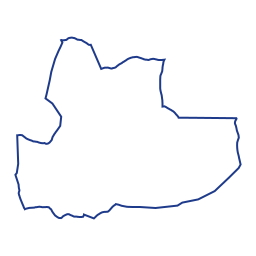 outline of Grande Riviere/Piat, Gros Islet, Saint Lucia
{"feature_id": "8701671B1385498050924", "entity_name": "Grande Riviere/Piat", "entity_type": "district", "adm_level": 2, "iso_a3": "LCA", "parent_name": "Saint Lucia", "parent_adm1": "Gros Islet", "projection": "equal_earth", "projection_center": [-60.944, 14.04], "detail": "fine", "context": "isolated", "style": "outline", "palette": "blue", "viewbox_px": 256, "rotation_deg": 0, "n_neighbors": 0, "source": "geoboundaries", "source_scale": "gbopen_adm2", "svg_char_len": 5165}
<svg xmlns="http://www.w3.org/2000/svg" viewBox="0 0 256 256"><path d="M132.5,57.3L132.3,57.4L131.6,57.6L130.7,57.8L130.3,58.0L129.2,58.4L128.6,58.7L127.9,59.0L127.4,59.3L126.4,60.0L125.9,60.4L125.1,60.9L124.6,61.1L123.6,61.9L123.0,62.1L122.3,62.6L121.9,63.0L121.0,63.5L120.3,63.8L119.5,64.3L119.1,64.5L118.2,65.2L117.6,65.7L116.9,66.2L116.4,66.7L115.6,67.4L115.0,67.6L114.1,67.9L113.7,68.0L112.5,68.2L112.0,68.5L111.7,68.5L111.2,68.5L110.6,68.4L109.6,68.1L108.9,67.9L108.3,67.7L107.5,67.6L106.5,67.7L105.9,67.7L105.1,67.7L104.7,67.7L103.4,68.1L101.2,68.9L90.8,44.8L90.3,44.9L89.7,44.9L88.9,44.8L88.1,44.3L87.5,43.9L86.9,43.3L85.7,42.6L84.9,42.2L84.1,41.7L83.5,41.4L81.4,40.0L80.7,40.0L79.7,39.9L78.3,39.7L77.6,39.7L77.0,39.4L76.8,39.3L76.2,38.9L75.4,38.6L74.6,38.1L73.7,38.0L72.4,37.7L72.2,37.7L71.4,37.6L70.3,37.8L69.5,37.9L68.8,38.1L68.3,38.3L67.5,38.9L66.9,39.5L66.4,39.9L65.5,40.0L65.2,40.0L64.7,40.2L63.9,40.2L63.0,40.4L61.3,40.0L61.1,40.1L62.4,42.6L60.5,46.9L58.6,50.8L55.1,58.9L51.3,71.8L49.7,80.4L46.5,94.6L45.5,98.4L52.4,103.5L61.2,116.7L60.2,125.9L57.2,130.2L55.9,131.9L55.5,132.4L55.2,133.0L54.5,133.9L54.2,134.3L53.6,135.4L53.1,136.2L52.6,137.0L52.4,137.7L52.0,139.0L51.8,139.8L51.2,140.6L50.8,141.1L50.0,142.0L49.6,142.5L49.0,142.9L48.3,143.4L47.3,143.7L46.8,143.8L46.1,143.8L45.5,143.6L44.5,143.0L43.7,143.2L43.1,143.2L42.4,143.2L41.4,143.1L40.8,143.0L40.0,142.8L39.3,142.6L38.5,142.4L37.7,142.0L37.0,141.8L36.4,141.8L35.3,141.6L34.6,141.5L34.0,141.4L33.3,141.4L32.4,141.0L31.7,140.6L31.0,140.4L30.3,140.2L29.5,139.9L28.8,139.6L28.0,139.3L27.5,139.0L26.5,138.6L26.1,138.3L25.2,137.6L24.9,137.3L23.8,136.5L23.4,136.2L22.7,135.6L22.1,135.2L21.1,135.1L20.4,135.0L19.7,135.0L18.9,135.1L17.9,135.3L17.2,135.3L18.2,163.8L16.8,173.0L15.4,174.8L18.6,184.6L18.7,186.5L18.8,187.2L18.9,188.1L19.2,189.4L19.4,190.1L19.3,191.0L18.9,192.1L18.7,193.3L18.9,194.1L19.1,195.1L19.4,195.7L19.8,197.2L20.1,198.0L20.3,198.6L20.7,199.7L21.2,200.9L21.5,201.6L21.8,202.4L22.2,203.3L22.6,204.3L22.9,205.0L23.3,205.8L23.6,206.8L24.1,208.0L24.8,208.9L24.9,209.2L26.0,208.7L29.3,207.9L34.3,207.6L35.5,207.2L36.4,207.2L37.0,207.1L38.1,206.9L38.8,206.8L39.5,206.7L40.1,206.9L41.1,206.9L41.7,207.1L42.5,207.2L43.2,207.2L44.2,207.1L44.7,207.1L45.6,207.1L46.3,207.0L47.2,207.0L47.9,207.2L48.7,207.2L49.2,207.6L49.9,208.5L50.6,208.9L51.2,209.5L51.6,210.3L52.1,211.3L52.5,211.9L52.9,212.6L53.5,213.3L53.7,213.6L54.2,214.3L54.6,214.8L55.1,215.5L55.6,215.8L56.5,216.5L57.1,216.9L57.9,217.4L58.8,217.9L59.2,218.0L60.3,218.0L61.0,218.1L61.7,217.7L62.5,216.9L63.0,216.3L63.7,215.9L64.6,215.4L65.8,214.8L66.6,214.5L67.2,214.2L68.2,214.2L68.9,214.2L69.6,214.6L70.2,214.9L71.3,215.4L71.8,215.5L72.5,215.9L73.2,216.2L74.1,216.6L74.9,216.6L75.5,216.6L76.2,216.6L77.2,216.7L77.8,216.9L78.7,216.9L79.3,217.0L80.3,217.0L81.0,217.0L81.7,217.0L82.3,216.8L83.0,216.8L83.3,216.3L83.6,215.8L84.0,215.0L84.0,214.6L93.9,218.4L94.2,218.1L95.0,217.4L95.5,216.9L96.1,216.3L96.6,215.8L97.4,215.1L98.1,214.6L98.7,214.3L99.3,213.9L100.2,213.3L100.8,213.0L101.5,212.6L102.3,212.3L103.2,212.1L103.8,212.0L104.2,211.9L105.2,211.9L106.2,211.8L107.8,211.7L109.3,210.5L110.6,209.0L112.5,206.8L113.9,205.6L115.3,204.7L115.8,204.1L118.6,204.7L122.0,205.9L122.3,205.9L127.0,206.8L132.5,207.0L139.9,207.0L155.5,208.0L177.5,205.6L182.3,202.6L198.2,199.4L214.7,191.1L229.4,177.2L238.7,168.0L240.6,164.5L240.0,161.9L239.5,159.7L239.0,157.6L238.8,156.4L238.5,155.2L237.8,152.5L237.4,150.0L237.2,147.9L237.1,145.2L237.2,142.5L238.0,139.9L238.8,137.7L238.5,135.1L237.7,132.8L236.9,130.6L236.4,128.0L235.9,125.9L235.0,123.7L234.9,122.9L235.1,121.6L235.5,120.5L236.3,119.3L236.5,118.5L236.3,118.2L193.7,117.8L178.6,117.7L178.4,117.1L178.0,116.5L177.4,115.8L177.0,115.3L176.2,114.5L175.6,113.8L175.5,113.6L175.0,113.0L174.6,112.6L174.1,112.1L173.8,111.8L173.4,111.5L173.2,111.4L172.6,110.9L171.9,110.6L171.1,110.0L170.5,109.7L169.7,109.3L169.1,108.9L168.1,108.4L167.5,108.0L166.8,107.6L166.3,107.2L165.4,106.8L164.7,106.4L164.4,106.3L164.0,106.4L162.5,106.6L162.5,106.0L162.5,104.9L162.5,104.1L162.5,103.1L162.4,101.8L162.4,100.9L162.4,100.7L162.3,99.9L162.2,99.3L162.0,97.8L161.9,96.9L161.8,96.5L161.8,96.1L161.6,95.0L161.3,93.9L161.1,93.2L160.9,92.3L160.7,91.5L160.4,90.0L160.3,89.2L160.2,88.2L160.2,87.4L160.2,85.8L160.2,85.1L160.2,84.0L160.2,83.2L160.2,81.7L160.2,80.9L160.2,79.9L160.2,79.2L160.3,77.8L160.3,77.1L160.4,76.0L160.6,75.2L161.1,74.1L161.4,73.4L161.6,72.8L161.7,72.4L162.1,71.7L162.2,71.0L162.3,70.3L162.4,69.5L162.4,69.1L162.5,68.5L162.5,67.7L162.7,66.3L162.8,65.5L163.1,64.4L163.2,63.8L163.4,62.3L163.6,61.5L163.7,61.2L164.0,60.5L164.4,59.7L162.8,59.9L162.5,59.9L162.0,60.0L161.5,60.0L161.3,60.0L160.1,60.0L159.7,60.0L158.7,60.0L158.2,59.9L157.1,59.7L156.8,59.5L156.1,59.4L155.6,59.3L154.5,59.0L153.8,58.9L153.5,58.9L153.2,58.8L152.5,58.9L151.4,59.1L150.3,59.3L149.7,59.6L149.1,59.8L148.5,60.0L147.8,59.9L147.3,59.8L146.7,59.7L146.0,59.7L145.2,59.6L144.2,59.3L143.6,59.2L143.0,58.8L142.4,58.7L141.3,58.2L140.7,58.1L140.0,57.8L139.2,57.6L138.4,57.3L137.7,57.1L137.4,57.0L137.0,56.9L136.4,56.9L135.3,57.0L134.9,57.0L134.6,57.1L133.9,57.2L133.2,57.2L132.5,57.3Z" fill="none" stroke="#1e3a8a" stroke-width="2"/></svg>